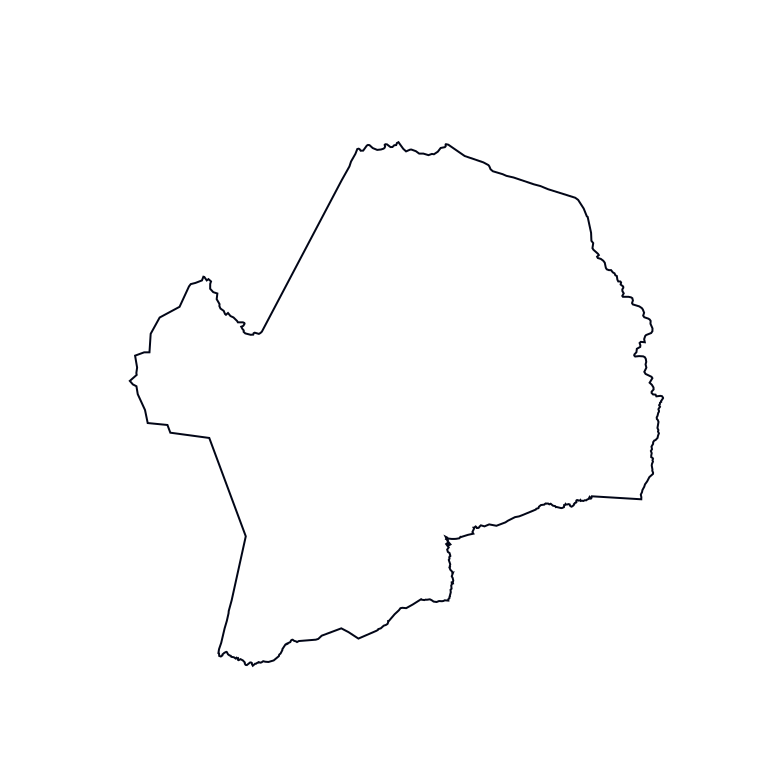 outline of Tapoa, Tapoa, Burkina Faso, rotated 244°
{"feature_id": "67063806B60723724569169", "entity_name": "Tapoa", "entity_type": "district", "adm_level": 2, "iso_a3": "BFA", "parent_name": "Burkina Faso", "parent_adm1": "Tapoa", "projection": "mercator", "projection_center": [1.463, 12.115], "detail": "fine", "context": "isolated", "style": "outline", "palette": "ink", "viewbox_px": 768, "rotation_deg": 244, "n_neighbors": 0, "source": "geoboundaries", "source_scale": "gbopen_adm2", "svg_char_len": 6166}
<svg xmlns="http://www.w3.org/2000/svg" viewBox="0 0 768 768"><g transform="rotate(244 384 384)"><path d="M192.0,521.5L167.6,564.7L169.5,565.7L172.0,566.3L173.7,568.5L175.4,569.8L177.6,572.9L179.4,574.6L181.1,577.8L184.0,581.7L185.3,586.4L186.4,587.0L188.4,587.1L189.5,587.8L193.4,588.9L194.8,589.9L196.3,591.7L197.8,591.9L198.8,593.0L199.7,593.0L201.1,592.1L202.5,592.8L204.5,594.3L206.8,594.5L207.9,596.3L210.5,597.0L212.2,599.6L213.7,600.4L214.7,602.1L214.6,603.5L215.6,606.2L217.4,607.6L219.2,609.5L221.1,609.4L222.3,610.4L224.6,610.5L229.6,614.1L231.7,614.3L232.9,613.9L234.5,614.5L235.4,615.8L237.9,617.9L238.5,618.9L239.3,619.4L240.8,619.5L241.4,620.0L242.5,622.1L244.4,622.0L244.9,623.1L246.1,623.8L246.4,625.3L247.1,625.4L248.9,628.6L249.4,628.8L251.2,628.5L252.2,627.2L253.5,623.4L255.4,623.4L256.7,621.2L258.7,620.6L259.8,621.2L260.9,623.9L262.8,624.7L265.9,624.4L268.7,623.3L271.6,627.8L273.2,627.6L278.4,623.5L280.8,623.3L283.7,627.0L287.0,627.7L288.9,629.4L291.8,630.3L293.7,630.2L295.2,629.1L297.2,625.6L298.6,621.8L299.9,621.4L300.8,622.0L301.9,624.8L304.8,626.7L305.0,630.5L306.4,631.4L308.8,631.7L309.3,633.3L307.2,636.7L310.3,637.5L312.7,639.9L313.1,641.1L312.7,646.5L313.8,648.4L316.3,649.7L321.3,649.9L323.8,651.3L325.4,651.1L326.8,650.3L329.9,647.2L331.8,646.9L334.0,649.0L337.5,649.3L339.2,649.0L341.8,647.5L346.5,642.5L348.0,642.4L349.9,644.3L352.3,644.8L353.6,644.0L355.1,642.1L357.6,637.0L358.7,636.8L360.4,639.2L363.0,639.0L364.6,639.7L365.6,641.3L366.8,641.7L369.7,640.3L371.3,641.6L372.5,641.4L373.5,639.5L375.5,639.5L379.0,640.6L380.3,639.6L382.4,639.7L384.0,638.6L386.8,638.0L387.7,636.1L389.4,634.5L391.1,634.3L396.3,635.6L398.7,635.1L401.4,633.7L403.5,631.4L405.0,631.3L405.7,633.6L407.2,633.4L412.8,631.1L414.7,630.9L418.9,633.8L421.8,633.2L429.1,636.4L444.9,640.3L445.8,639.8L454.1,640.4L464.4,639.2L467.6,637.5L487.1,616.9L493.4,611.3L497.8,606.2L512.8,591.0L517.4,585.3L520.6,582.6L527.5,575.1L530.3,573.9L533.5,574.1L535.0,573.8L539.6,570.5L553.5,556.5L570.9,546.7L572.4,544.8L572.3,544.4L570.6,543.6L570.2,542.5L571.3,538.4L569.2,534.2L568.6,529.6L569.8,527.9L570.2,524.3L573.9,520.3L575.7,516.6L579.3,514.7L582.7,511.4L583.2,510.2L583.4,505.8L586.9,504.4L595.0,503.0L594.9,501.2L593.4,499.7L594.1,497.9L593.3,495.5L594.1,493.7L598.1,491.7L598.9,490.3L598.6,489.4L597.0,489.1L596.1,488.2L595.7,486.8L596.1,484.1L597.4,480.5L601.0,477.3L605.0,475.7L605.9,474.4L605.8,473.0L602.9,467.6L603.9,465.3L605.8,465.0L606.6,464.4L606.9,463.0L603.4,459.2L598.4,451.9L594.7,448.3L585.7,435.3L484.6,297.2L484.0,295.3L483.9,293.5L486.8,290.3L486.8,289.1L485.7,288.1L486.7,285.7L490.3,281.5L492.4,280.7L493.7,281.4L495.5,280.9L498.1,280.8L497.9,282.4L498.1,283.3L499.3,285.1L500.1,285.2L501.3,284.2L503.5,279.7L505.0,279.6L509.8,277.9L512.4,275.8L516.2,274.9L515.5,272.3L516.6,271.8L520.0,272.0L523.5,270.1L526.2,270.2L527.9,271.2L533.6,270.8L538.4,273.9L541.4,270.8L545.8,269.5L550.2,271.7L552.0,273.5L555.2,272.2L554.8,270.1L559.0,269.4L559.6,268.7L556.9,265.8L557.5,258.8L558.5,254.1L557.2,251.5L543.0,234.1L542.1,211.5L531.4,196.3L515.3,187.1L517.6,182.3L518.6,172.7L507.0,169.3L502.4,166.2L500.6,165.7L498.2,156.9L493.7,158.1L490.5,160.5L482.8,158.2L465.4,157.8L452.5,154.5L442.1,171.4L433.9,170.6L412.1,203.3L307.7,193.0L256.3,152.2L248.0,144.9L246.1,143.8L240.0,138.9L234.2,133.6L222.7,124.2L218.0,119.5L214.7,117.2L214.2,117.6L211.8,116.7L210.6,117.9L210.9,119.8L211.7,120.2L212.4,122.7L212.4,124.8L212.0,125.2L209.4,125.3L207.7,126.2L206.9,127.1L205.7,127.2L204.2,129.3L202.3,130.3L202.7,131.5L202.0,132.0L201.1,131.9L201.2,132.5L199.9,132.0L199.5,132.3L199.6,134.4L197.4,136.0L194.8,136.8L193.6,136.3L192.2,136.5L191.5,137.5L192.4,141.6L192.0,142.4L191.2,142.9L190.0,142.5L188.3,142.6L189.1,145.6L188.7,146.2L189.0,148.3L188.6,149.1L188.9,149.5L187.7,150.8L187.5,151.9L187.8,153.9L186.4,155.6L184.8,158.3L183.9,163.7L185.5,170.2L186.7,171.2L187.1,172.9L189.4,176.0L190.2,176.4L193.0,181.1L192.8,182.3L192.8,183.0L193.2,182.9L193.1,186.6L194.3,188.1L194.4,189.2L194.2,189.8L192.6,190.6L191.1,192.2L190.2,192.7L190.3,194.8L184.1,210.6L183.7,213.2L185.1,217.7L183.1,238.5L176.6,243.3L166.4,249.4L165.5,269.1L165.7,270.9L166.2,271.4L165.8,274.0L166.9,277.8L166.6,280.1L166.8,281.9L167.8,283.1L169.1,283.8L168.8,284.3L172.4,292.6L174.1,298.2L175.3,300.5L174.8,302.4L172.8,305.7L173.2,313.1L174.3,323.0L173.7,323.2L172.1,325.5L171.9,327.0L171.3,327.9L170.4,330.8L168.9,332.0L166.7,333.2L165.0,335.7L164.8,338.3L163.3,341.0L162.9,342.5L163.0,343.7L161.1,346.9L162.3,347.4L162.8,348.9L163.7,349.3L164.1,350.1L164.5,350.1L167.5,352.7L169.9,353.6L170.4,355.0L173.4,356.1L174.7,357.8L174.5,358.6L175.1,358.7L175.6,357.7L176.1,357.9L175.9,359.2L177.0,360.1L179.6,360.7L181.5,360.6L183.9,363.1L183.9,362.6L184.2,362.5L185.1,363.1L188.0,362.2L190.4,362.4L190.4,362.9L190.8,363.3L191.5,363.3L192.9,364.5L197.5,365.1L198.3,366.3L199.6,366.7L200.2,367.3L200.2,368.1L200.9,368.4L203.4,368.8L205.1,367.8L207.5,368.2L208.7,370.5L212.9,369.7L213.2,371.0L211.8,371.8L210.6,372.0L210.7,373.4L214.8,372.3L215.7,372.3L215.7,372.9L216.5,372.9L217.5,371.8L218.1,372.4L219.7,372.4L218.5,373.3L217.0,373.9L214.9,377.2L213.3,380.7L212.3,384.1L213.1,385.7L212.7,386.1L211.6,393.4L210.3,398.7L212.2,398.6L214.7,401.7L215.6,401.6L215.4,402.2L215.8,403.9L215.0,404.3L213.9,404.3L213.3,405.6L213.4,406.7L213.9,407.2L214.5,409.1L212.0,411.9L211.7,417.0L207.3,422.9L206.4,432.5L206.8,435.4L206.9,443.4L205.8,447.4L205.5,450.8L204.6,465.4L205.1,466.2L204.7,468.4L205.8,469.5L206.4,472.0L205.3,475.3L205.7,476.2L205.7,477.2L205.2,477.6L204.7,479.0L203.4,479.8L203.3,481.3L200.6,482.5L199.2,484.3L198.0,484.5L197.9,485.1L194.9,488.7L194.5,489.6L194.4,491.7L196.1,492.8L195.8,493.2L195.9,493.8L196.5,494.5L196.1,494.6L195.5,495.5L195.1,497.3L194.3,498.1L193.2,497.8L191.6,498.6L191.5,499.2L191.8,501.0L192.4,502.1L192.8,502.1L193.4,503.5L193.2,504.4L193.5,505.2L194.5,505.4L195.1,506.2L194.8,507.1L194.0,507.6L193.9,508.3L193.1,509.3L193.3,509.6L192.6,509.6L192.4,510.7L191.5,511.8L191.5,513.5L190.8,514.8L191.1,515.9L191.0,517.5L192.2,519.1L190.5,519.2L190.4,519.7L190.3,520.0L190.8,520.7L191.6,520.9L192.0,521.5Z" fill="none" stroke="#020617" stroke-width="2"/></g></svg>